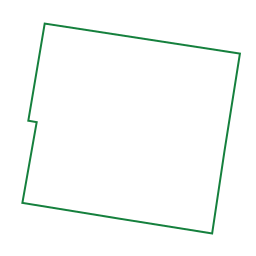 Gladwin, Michigan, United States of America, rotated 99°
{"feature_id": "52423323B35263556044157", "entity_name": "Gladwin", "entity_type": "district", "adm_level": 2, "iso_a3": "USA", "parent_name": "United States of America", "parent_adm1": "Michigan", "projection": "mercator", "projection_center": [-84.354, 43.988], "detail": "fine", "context": "isolated", "style": "outline", "palette": "green", "viewbox_px": 256, "rotation_deg": 99, "n_neighbors": 0, "source": "geoboundaries", "source_scale": "gbopen_adm2", "svg_char_len": 267}
<svg xmlns="http://www.w3.org/2000/svg" viewBox="0 0 256 256"><g transform="rotate(99 128 128)"><path d="M135.8,29.1L37.0,29.1L37.9,226.6L136.4,227.6L136.5,219.1L218.5,220.6L218.9,122.9L219.0,28.4L135.8,29.1Z" fill="none" stroke="#15803d" stroke-width="2"/></g></svg>